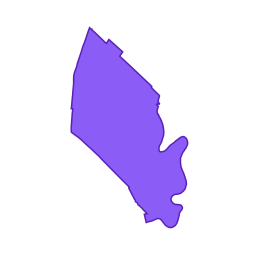 Maia, Ialomita, Romania (Robinson projection), rotated 81°
{"feature_id": "2599482B2212352130600", "entity_name": "Maia", "entity_type": "district", "adm_level": 2, "iso_a3": "ROU", "parent_name": "Romania", "parent_adm1": "Ialomita", "projection": "robinson", "projection_center": [26.407, 44.741], "detail": "fine", "context": "isolated", "style": "filled", "palette": "violet", "viewbox_px": 256, "rotation_deg": 81, "n_neighbors": 0, "source": "geoboundaries", "source_scale": "gbopen_adm2", "svg_char_len": 3312}
<svg xmlns="http://www.w3.org/2000/svg" viewBox="0 0 256 256"><g transform="rotate(81 128 128)"><path d="M123.3,184.6L126.2,181.8L129.6,178.4L132.2,176.1L133.1,175.4L138.5,171.2L142.6,167.9L152.5,160.2L152.8,160.2L153.6,159.7L159.6,155.4L166.0,150.9L168.3,149.2L170.9,147.3L174.6,144.7L179.4,141.3L179.4,141.2L186.6,136.0L187.3,136.7L192.6,135.0L195.6,134.0L196.3,133.7L197.9,133.2L199.4,132.7L200.5,132.2L202.0,132.1L202.9,131.0L203.9,130.3L205.2,130.2L207.3,128.3L209.1,127.0L211.3,125.6L215.6,122.5L215.7,125.4L224.2,124.8L224.1,124.4L223.7,121.1L223.5,118.6L222.7,116.0L222.3,114.3L222.0,113.0L222.2,112.4L222.7,110.7L224.1,109.5L225.9,108.5L227.6,107.6L229.0,106.8L230.4,105.8L231.3,104.8L232.4,103.5L232.5,103.1L232.9,102.0L233.1,101.0L233.0,100.0L232.7,98.9L232.0,97.1L231.3,96.2L230.4,95.3L228.9,94.2L226.8,93.1L224.5,92.1L222.6,91.3L221.2,90.8L219.9,90.4L218.9,89.5L218.0,88.7L217.5,88.0L216.6,87.3L215.5,86.7L214.4,86.8L213.3,87.2L212.4,87.9L212.0,88.9L211.6,90.3L211.1,92.1L210.9,93.1L210.4,94.1L209.6,95.0L208.6,95.7L207.6,96.3L206.1,96.7L204.9,96.6L204.0,96.4L202.8,95.5L202.0,94.7L201.2,93.2L201.0,92.1L200.9,90.9L201.1,89.4L200.9,87.4L200.6,86.0L199.7,84.5L199.4,83.8L197.5,81.5L195.8,80.5L192.5,79.0L188.8,78.9L182.0,80.0L177.8,81.1L174.6,81.7L170.2,81.6L165.9,80.8L164.1,79.8L161.6,78.3L160.3,77.3L159.2,76.1L156.6,73.7L154.6,72.5L153.4,71.7L151.7,71.4L149.8,71.4L148.4,71.7L147.6,72.1L146.4,72.8L145.3,74.2L145.1,74.8L145.1,75.9L145.5,77.6L146.5,79.5L148.0,82.5L148.9,83.7L149.6,84.9L150.2,86.0L150.9,87.5L151.6,88.8L152.6,90.2L153.1,90.8L154.6,92.5L155.6,93.9L156.4,95.2L156.8,97.5L156.8,98.4L156.7,99.4L156.4,100.2L155.6,100.6L154.8,100.8L153.1,100.7L151.6,100.2L150.6,99.7L148.9,98.5L147.1,97.1L143.5,95.3L140.7,94.0L139.2,93.6L138.1,93.3L135.5,93.1L132.2,93.0L130.8,93.1L127.6,93.6L125.7,94.0L123.4,94.7L122.4,95.1L120.1,95.8L119.4,95.9L119.4,96.3L117.6,96.7L117.4,96.8L115.2,96.5L113.2,95.6L112.3,95.1L111.9,94.9L111.5,94.6L109.4,96.2L108.8,95.6L109.1,94.5L109.4,93.6L108.8,93.1L107.9,93.6L107.2,94.3L106.3,93.8L105.0,93.6L104.6,93.5L103.4,92.9L102.4,92.4L101.5,92.0L101.0,91.9L100.7,92.0L100.2,92.3L96.5,95.2L95.8,95.7L95.0,96.3L93.5,97.3L92.1,98.3L91.8,98.6L91.2,98.2L90.6,98.0L65.8,117.1L59.8,121.8L55.8,125.0L52.0,121.3L37.6,133.0L41.1,136.2L32.9,142.4L32.4,142.8L29.4,145.1L26.3,147.5L25.3,148.3L25.2,148.3L25.3,148.4L24.0,149.3L23.4,149.9L22.9,150.2L24.7,151.3L26.0,152.0L28.1,153.1L30.4,154.3L33.0,155.6L33.5,155.9L34.1,156.2L34.7,156.5L35.2,156.8L35.8,157.1L36.6,157.6L37.1,157.9L37.5,158.1L38.0,158.4L38.7,158.8L39.4,159.2L39.5,159.3L40.2,159.7L40.6,159.9L40.7,160.0L41.3,160.2L41.4,160.3L42.7,160.9L43.7,161.4L44.6,161.8L45.4,162.2L46.0,162.6L46.7,162.9L47.8,163.5L48.4,163.8L49.2,164.2L50.6,164.9L52.1,165.7L52.4,165.9L53.3,166.3L54.0,166.7L54.6,167.0L55.3,167.4L55.9,167.7L56.3,167.9L57.0,168.2L58.0,168.5L59.9,169.4L61.8,170.5L62.6,171.0L65.2,172.3L66.8,173.0L67.0,173.1L68.5,173.5L69.0,173.6L69.6,173.8L72.0,174.1L71.9,174.2L72.4,174.3L73.7,174.4L77.0,175.1L84.8,177.1L86.8,177.5L88.1,177.9L88.9,178.1L89.6,178.3L90.4,178.5L91.8,178.8L92.5,179.0L93.9,179.4L95.4,179.7L99.5,180.8L100.1,181.0L100.1,180.4L100.2,179.9L100.3,179.5L100.7,179.5L102.4,180.1L106.1,181.1L108.0,181.5L117.7,183.8L120.4,184.3L123.3,184.6Z" fill="#8b5cf6" stroke="#5b21b6" stroke-width="1.5"/></g></svg>